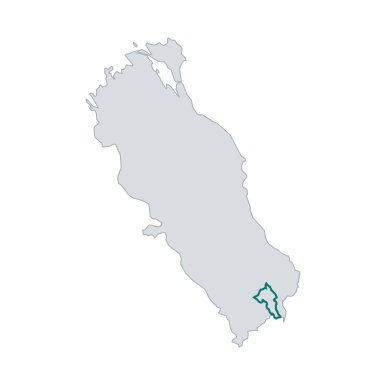 location of Agri within Turkey, rotated 60°
{"feature_id": "TUR-2307", "entity_name": "Agri", "entity_type": "Province", "adm_level": 1, "iso_a3": "TUR", "parent_name": "Turkey", "parent_adm1": "", "projection": "robinson", "projection_center": [43.45, 39.496], "detail": "fine", "context": "in_parent", "style": "outline", "palette": "teal", "viewbox_px": 384, "rotation_deg": 60, "n_neighbors": 0, "source": "natural_earth", "source_scale": "10m", "svg_char_len": 5147}
<svg xmlns="http://www.w3.org/2000/svg" viewBox="0 0 384 384"><g transform="rotate(60 192 192)"><path d="M296.0,140.2L301.1,142.0L302.8,140.7L307.5,140.9L311.7,141.8L314.0,139.0L317.0,139.3L317.5,140.8L318.9,141.3L323.3,144.9L322.8,145.3L323.8,146.7L327.6,147.5L327.9,149.4L330.8,152.1L332.3,156.3L331.4,159.2L329.8,161.1L332.1,167.4L331.4,168.2L336.0,170.3L341.7,170.0L343.6,170.9L349.1,175.9L350.5,177.9L346.7,175.5L344.5,177.5L343.4,182.5L337.4,183.4L338.3,186.6L340.0,188.1L339.4,191.2L339.8,192.4L341.5,194.4L341.3,197.1L342.0,200.0L342.0,203.5L344.5,204.6L343.4,206.2L340.6,213.2L340.8,213.8L342.7,214.0L346.9,217.2L346.2,218.3L346.7,222.8L350.4,225.7L349.8,227.2L349.9,228.7L347.2,228.1L341.8,232.1L341.2,232.0L340.5,230.6L340.3,226.6L339.0,225.5L337.3,225.3L334.3,227.1L331.6,227.0L328.9,226.7L321.8,224.2L319.2,225.0L316.5,224.1L311.2,229.0L309.5,229.4L308.8,227.0L306.9,225.6L304.5,227.5L295.4,229.8L291.1,230.2L286.0,229.4L281.8,229.7L270.1,235.2L259.0,238.1L249.1,237.9L243.7,234.4L239.5,233.6L226.7,238.9L220.5,238.7L218.4,236.5L213.7,235.6L212.6,237.7L211.5,242.6L213.0,247.2L210.3,247.4L208.6,248.4L208.0,251.8L205.5,253.2L204.7,255.3L204.2,255.3L200.3,253.6L201.4,252.0L199.1,245.6L200.4,243.7L205.7,238.6L205.6,235.5L203.5,233.4L196.9,237.2L196.2,238.7L194.7,239.8L192.3,240.3L180.8,235.4L173.9,239.7L167.9,245.9L163.4,248.2L150.4,250.0L148.1,251.2L143.8,249.9L141.2,248.2L135.5,241.1L124.5,235.7L112.6,234.4L111.5,235.7L110.9,241.3L108.7,246.4L107.7,247.0L105.1,245.7L95.8,248.7L88.2,245.3L86.9,243.9L85.5,237.9L84.3,237.4L83.0,238.3L81.7,238.2L76.3,235.6L73.2,235.4L71.3,238.0L68.3,239.0L68.2,238.3L69.5,236.7L64.7,237.0L62.2,238.2L58.8,237.5L59.1,236.8L61.9,236.0L68.2,235.0L72.5,231.0L57.4,231.2L55.9,232.1L55.9,230.0L56.8,229.1L60.7,228.3L60.6,226.6L58.3,224.7L55.7,223.7L54.8,219.4L53.5,218.3L53.7,217.7L56.2,216.9L56.9,213.7L56.7,211.8L51.9,210.1L50.8,210.2L49.8,208.5L47.8,207.3L46.0,208.3L41.3,205.7L42.3,203.8L43.5,203.9L43.8,202.4L43.0,200.0L43.2,198.7L44.3,198.3L45.5,198.6L46.6,200.1L46.6,202.9L47.8,204.5L48.8,202.9L51.0,203.8L55.0,202.9L55.8,202.2L52.9,202.3L51.9,201.6L49.8,197.0L52.3,195.6L54.1,193.4L50.9,191.9L51.8,188.7L49.1,185.1L53.2,180.6L53.1,179.9L51.9,179.6L39.9,181.6L39.8,179.5L40.8,177.7L41.1,173.4L41.7,171.0L44.0,170.3L46.9,166.8L51.6,162.7L56.1,162.8L58.0,161.7L60.7,161.6L61.4,163.2L63.6,164.3L67.8,164.2L69.9,163.1L68.1,161.1L70.5,160.5L72.4,160.9L71.2,163.1L71.8,163.3L77.2,162.7L82.8,163.2L89.1,162.9L89.9,162.2L85.6,160.0L88.6,158.1L90.2,157.7L103.4,155.9L103.5,155.5L95.5,154.5L91.6,151.9L90.5,150.5L91.5,147.1L92.5,146.2L95.4,146.1L105.1,147.6L112.2,146.7L119.7,149.0L127.0,148.5L128.6,147.5L130.6,144.2L141.2,138.8L145.0,136.0L161.3,130.4L185.3,131.4L189.5,129.3L191.9,130.0L191.2,131.4L191.3,132.7L194.1,136.0L198.3,137.9L204.3,136.3L206.4,136.9L208.3,142.1L211.9,145.1L213.7,145.4L216.0,143.6L218.1,143.3L221.6,145.1L222.8,146.9L234.2,149.1L236.6,150.6L244.3,152.2L261.6,148.5L267.8,151.0L273.1,151.8L275.4,151.4L282.4,148.5L284.5,146.8L288.9,145.4L294.4,142.1L296.0,140.2ZM74.9,131.2L74.3,133.5L75.1,136.0L77.3,139.5L79.6,141.3L91.0,146.0L89.0,150.5L86.1,151.2L76.2,149.0L72.0,150.8L69.1,150.4L65.0,151.2L63.7,153.9L60.6,156.9L52.3,160.8L44.4,168.3L42.2,169.3L43.4,166.7L43.4,164.4L46.8,161.8L51.5,159.8L52.8,158.2L41.5,158.5L40.5,156.2L41.7,155.7L45.7,151.6L46.2,149.9L46.2,145.9L50.8,143.5L51.2,142.6L50.8,138.6L46.7,136.2L46.9,135.1L50.0,134.0L52.0,131.2L56.4,130.7L58.6,129.4L62.4,128.7L67.0,132.1L72.7,130.8L74.9,131.2ZM38.5,168.0L34.6,168.7L33.5,168.0L34.8,166.8L37.8,166.0L38.6,167.2L38.5,168.0Z" fill="#d9dde1" stroke="#a8b0b8" stroke-width="1"/><path d="M344.6,178.0L344.5,178.4L343.9,179.4L343.8,179.7L343.8,180.0L343.8,180.3L343.9,180.6L343.9,180.8L343.7,181.0L343.6,181.5L343.7,181.9L343.7,182.3L343.4,182.7L343.1,182.9L342.2,183.2L341.9,183.3L341.5,183.3L340.3,182.8L339.9,182.7L339.0,182.9L338.6,183.0L338.3,182.9L338.0,182.9L337.7,183.0L337.4,183.2L337.2,183.5L337.3,183.7L337.8,184.2L335.4,184.8L334.8,184.7L334.5,184.6L333.5,184.5L332.7,184.3L332.1,184.2L331.5,184.2L331.0,184.6L330.6,185.0L330.0,185.0L328.5,184.7L327.8,184.3L326.8,183.3L325.7,182.8L324.4,182.8L323.7,183.3L323.1,184.0L322.5,184.2L321.5,184.4L321.1,184.5L321.0,185.2L321.6,185.5L322.3,185.8L322.4,186.4L322.3,187.1L322.2,187.8L321.8,188.2L319.9,189.0L316.8,189.6L316.3,190.0L315.7,190.4L314.9,190.6L314.2,191.0L314.1,190.0L314.2,189.0L314.4,188.2L314.4,187.9L314.3,187.6L314.4,186.3L313.8,185.5L313.4,185.1L313.1,184.5L312.6,184.0L312.1,183.5L311.4,182.4L310.9,181.1L311.5,180.3L311.6,179.3L311.6,176.6L311.8,176.0L312.0,175.9L309.6,175.0L308.3,173.4L308.9,173.2L310.1,173.4L310.7,173.2L311.1,172.7L311.5,172.6L312.1,172.5L312.7,172.3L313.2,171.8L316.4,172.4L321.5,171.0L323.3,171.0L324.0,171.2L324.8,171.1L325.7,171.4L326.0,172.6L325.9,173.5L325.9,174.0L326.2,174.8L326.4,175.0L327.0,175.2L328.1,174.5L329.2,174.1L329.7,174.2L329.9,174.3L330.5,174.6L330.8,174.6L331.4,174.9L331.7,175.7L332.2,176.3L333.7,177.0L334.8,177.2L334.9,177.5L335.0,177.8L336.5,178.0L338.2,177.8L339.4,178.2L340.7,178.3L343.7,177.7L344.3,177.8L344.6,178.0L344.6,178.0Z" fill="none" stroke="#0f766e" stroke-width="2"/></g></svg>